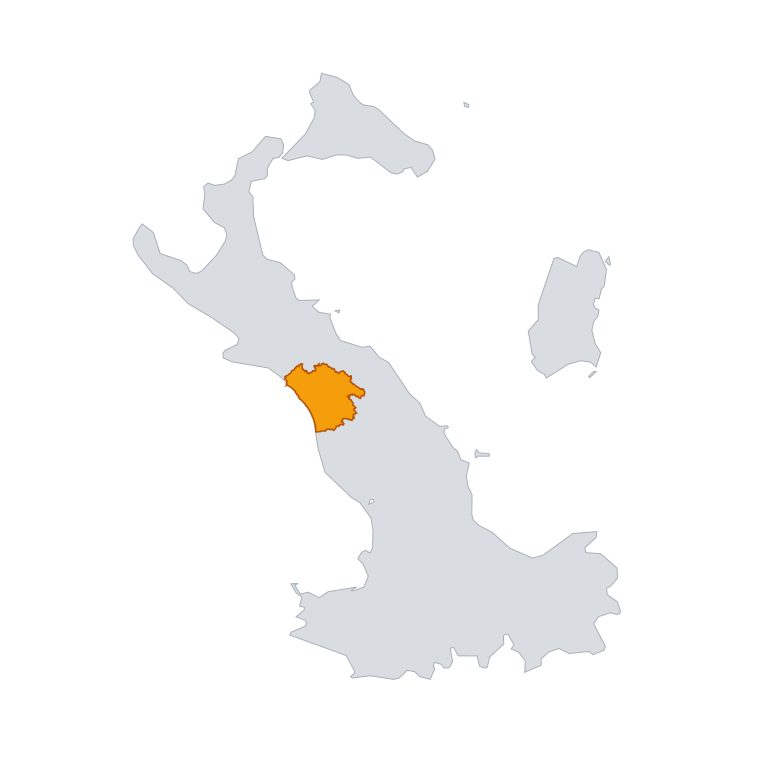 location of Abruzzo, Pescara, Italy, rotated 190°
{"feature_id": "23120603B60396852211", "entity_name": "Abruzzo", "entity_type": "district", "adm_level": 2, "iso_a3": "ITA", "parent_name": "Italy", "parent_adm1": "Pescara", "projection": "robinson", "projection_center": [14.015, 42.289], "detail": "fine", "context": "in_parent", "style": "filled", "palette": "amber", "viewbox_px": 768, "rotation_deg": 190, "n_neighbors": 0, "source": "geoboundaries", "source_scale": "gbopen_adm2", "svg_char_len": 9618}
<svg xmlns="http://www.w3.org/2000/svg" viewBox="0 0 768 768"><g transform="rotate(190 384 384)"><path d="M131.2,153.7L136.0,156.2L154.7,150.7L165.9,153.9L175.3,148.6L181.5,140.5L180.4,134.3L195.4,124.5L196.7,135.7L204.8,143.3L212.7,145.2L210.7,149.7L218.4,159.1L221.6,158.2L222.7,156.5L220.9,148.7L232.5,133.5L233.2,122.9L235.2,121.8L240.7,122.5L245.1,132.4L263.6,129.2L269.9,136.7L272.8,135.3L268.2,122.4L270.6,115.9L275.5,114.7L278.9,117.9L286.0,118.7L286.4,114.8L284.6,112.3L287.3,101.1L297.9,102.1L304.1,106.1L311.5,106.0L318.0,97.1L323.0,94.8L346.8,94.3L364.5,88.9L366.0,90.1L362.8,94.3L363.8,97.1L374.2,110.1L433.2,120.4L432.3,123.6L419.6,131.7L418.6,134.9L420.6,137.6L430.1,139.6L423.5,147.3L423.5,150.2L428.6,150.7L427.8,160.0L434.1,162.9L441.0,171.1L434.0,172.6L436.9,170.4L429.9,162.4L422.5,165.8L410.8,162.3L402.8,169.8L375.6,179.3L380.3,175.0L378.3,175.0L368.4,180.6L366.1,192.0L373.6,203.3L379.5,207.4L376.8,214.4L373.1,217.0L368.3,215.1L366.9,221.3L369.4,238.0L373.4,249.6L386.8,262.7L396.7,266.8L426.7,286.7L437.7,308.9L447.1,336.8L455.1,347.2L471.6,362.1L486.7,372.9L500.7,379.7L537.5,379.4L546.8,381.8L548.0,386.5L546.3,389.6L535.3,397.5L534.8,403.6L540.0,408.0L565.2,419.5L590.9,429.2L608.4,441.8L630.9,452.3L648.6,468.4L655.0,477.0L656.3,483.5L652.2,495.0L649.9,499.7L637.4,493.1L627.1,473.6L605.1,470.2L598.6,466.8L594.9,461.0L588.0,460.3L583.2,463.5L571.4,481.7L565.0,497.5L564.7,504.0L568.3,510.2L579.0,513.6L592.7,525.0L593.3,538.9L595.8,546.9L592.3,551.4L585.3,550.2L576.1,553.1L569.7,558.2L567.0,563.1L566.5,580.6L554.2,589.7L543.7,607.3L528.0,607.5L524.3,602.0L524.1,594.0L526.8,589.0L532.5,586.7L536.3,576.3L535.1,568.9L537.3,565.5L550.0,560.5L550.5,550.1L545.6,545.4L541.6,526.5L525.8,490.1L520.8,486.5L507.2,485.5L491.1,475.9L490.0,471.9L492.7,468.1L490.9,462.9L485.8,453.7L482.3,451.5L462.5,455.5L468.1,448.1L461.0,443.4L448.7,443.4L448.9,440.1L440.1,425.3L434.3,419.3L411.7,416.3L404.3,418.9L393.3,409.5L383.2,406.0L357.6,379.3L345.3,371.3L337.6,359.6L321.9,351.9L314.8,353.8L313.0,352.3L316.8,350.0L316.1,345.5L305.6,334.0L299.5,330.3L295.3,322.8L286.4,321.0L286.9,307.6L283.7,298.1L278.0,290.0L274.9,270.8L272.3,265.3L266.0,261.2L251.6,256.6L231.7,244.2L207.9,238.4L198.0,242.7L172.3,269.4L148.7,275.6L148.4,270.0L157.7,257.6L156.0,253.0L141.4,254.5L122.6,243.3L120.3,233.4L126.0,223.9L129.3,221.7L127.7,215.4L116.3,210.0L111.9,201.8L111.7,199.0L114.7,197.5L121.5,198.0L132.4,192.1L135.8,184.2L120.4,164.0L121.2,159.9L131.2,153.7ZM377.4,268.0L378.2,262.9L373.3,266.1L374.7,268.4L377.4,268.0ZM523.7,588.7L505.0,616.3L498.7,635.0L499.5,642.1L504.9,647.3L502.2,649.3L508.0,658.1L508.0,660.5L499.6,670.5L499.5,679.1L483.5,677.8L470.5,672.8L464.1,662.8L458.9,658.6L453.4,655.3L442.2,655.5L437.2,653.5L407.4,633.8L395.8,628.6L382.4,627.2L377.0,622.9L372.8,614.3L378.1,601.0L387.0,593.5L394.9,602.0L401.8,599.2L402.2,596.5L407.0,593.1L413.2,593.0L436.7,605.1L449.0,601.7L460.2,603.0L470.5,601.4L483.9,594.4L499.4,595.3L517.3,587.3L523.7,588.7ZM243.4,439.4L251.1,461.1L243.2,474.3L245.9,488.5L238.4,537.2L234.8,538.8L214.7,533.1L212.9,544.3L210.2,548.8L206.1,551.7L195.2,551.0L184.7,535.0L184.1,519.2L186.5,514.5L186.9,505.4L191.1,504.9L191.5,498.7L189.2,495.4L185.1,494.2L185.3,487.4L188.3,482.1L188.6,472.9L183.4,461.1L176.0,452.5L178.0,437.6L184.3,441.4L194.0,441.2L205.8,435.6L225.1,418.1L227.6,421.3L235.5,424.2L242.8,431.7L239.8,436.6L243.4,439.4ZM280.8,327.2L282.4,330.7L281.7,335.4L277.9,332.7L268.5,333.8L267.6,331.3L279.1,329.2L280.8,327.2ZM187.4,542.9L184.6,548.5L181.8,541.1L182.2,540.1L187.4,542.9ZM183.8,426.9L179.4,433.0L177.2,432.9L182.7,425.8L183.8,426.9ZM354.2,675.2L348.9,673.8L348.8,671.1L352.9,671.5L354.2,675.2ZM444.9,447.5L440.5,449.3L440.7,446.2L444.9,447.5Z" fill="#d9dde1" stroke="#a8b0b8" stroke-width="1"/><path d="M417.1,336.5L416.8,336.9L416.6,338.0L417.1,338.2L417.6,339.1L418.1,339.0L418.6,339.3L419.0,339.2L419.4,339.4L419.5,339.6L419.3,340.2L418.7,340.7L418.9,341.0L418.6,341.3L418.5,341.8L418.6,342.2L418.7,342.4L418.3,342.7L418.3,342.8L418.2,342.9L417.4,342.9L416.4,343.3L415.5,343.0L414.9,343.4L414.1,343.6L413.6,342.9L412.4,342.8L411.9,343.4L411.4,343.2L411.0,342.8L410.6,342.8L410.4,342.9L410.3,342.7L410.1,342.8L409.4,342.6L409.4,343.1L408.6,343.7L408.7,344.8L408.6,345.0L408.4,344.9L408.2,345.4L407.7,345.3L408.0,345.9L407.8,346.0L408.3,346.5L408.2,346.8L408.8,346.8L408.5,348.4L408.8,348.7L407.6,349.7L407.3,349.7L406.9,349.6L405.9,350.7L406.4,350.9L407.1,351.6L407.7,352.4L408.4,352.8L409.1,353.0L409.5,353.8L409.3,354.3L408.3,354.9L407.6,355.7L408.4,356.1L409.3,357.1L409.8,357.1L410.7,357.8L411.0,357.8L411.1,359.6L411.6,360.6L412.3,360.9L413.0,361.5L413.2,361.8L413.2,362.1L413.5,362.5L414.2,362.8L415.3,362.9L415.6,363.2L416.0,363.3L416.2,363.6L415.8,364.1L416.2,364.6L416.7,365.1L417.1,365.0L417.3,365.2L417.7,365.2L418.0,365.5L417.4,365.7L416.8,366.0L416.3,365.9L416.8,366.4L416.4,366.6L415.9,366.5L415.4,366.8L415.7,367.1L415.4,367.3L415.1,367.2L414.8,367.6L414.5,368.2L413.9,368.2L413.4,368.4L413.2,367.9L413.1,368.1L412.7,368.2L412.0,368.7L411.4,368.6L410.8,367.8L410.0,367.5L409.5,366.9L408.9,366.9L408.7,367.2L408.3,367.4L408.2,367.2L407.3,366.7L406.2,365.9L405.7,366.0L404.5,365.8L404.5,366.1L404.7,366.3L404.8,366.8L404.4,367.2L404.5,367.6L404.4,367.9L404.0,368.0L403.8,368.4L403.2,368.9L402.7,369.0L402.5,369.3L402.3,369.3L401.9,369.0L401.9,369.3L402.0,369.5L401.9,369.5L402.0,369.8L401.6,370.4L401.3,371.7L401.5,372.2L401.8,372.4L401.7,373.1L402.6,373.9L402.7,374.6L402.9,375.0L404.1,375.4L405.1,375.5L404.9,374.7L405.0,374.4L405.3,374.5L406.2,374.9L407.1,375.2L407.9,375.8L409.6,376.7L410.4,376.6L410.9,376.8L411.6,377.5L412.8,377.9L413.7,378.8L414.1,378.8L414.2,378.5L414.6,378.5L415.3,379.0L415.9,379.7L416.0,380.1L416.4,380.3L416.6,380.4L416.9,380.1L417.3,380.2L417.4,380.5L417.9,380.9L418.2,381.4L417.7,382.5L416.9,383.3L417.4,383.7L417.3,384.2L417.5,384.5L417.4,384.7L417.4,385.5L417.9,386.3L418.5,386.2L418.7,385.4L419.2,385.2L419.7,385.3L421.4,386.0L421.8,386.8L422.1,386.9L422.5,386.9L422.8,387.1L423.8,387.2L424.0,387.9L424.5,388.4L424.5,388.8L425.7,389.5L426.4,389.5L426.8,389.9L427.0,389.8L427.5,389.2L428.2,389.0L428.9,388.5L429.6,388.3L430.1,387.7L430.0,387.3L429.9,387.1L430.4,386.7L431.0,386.6L432.0,387.0L432.1,387.3L432.4,387.8L433.0,388.0L433.6,387.4L434.1,387.3L434.2,387.9L435.0,388.8L435.1,389.5L435.6,389.8L435.7,390.2L436.2,390.2L436.9,390.5L437.4,390.2L437.7,390.2L437.9,389.9L438.5,390.6L439.6,390.8L440.0,391.2L441.1,391.4L441.6,391.0L441.9,391.1L442.2,391.9L442.9,392.0L443.5,393.3L443.9,393.6L444.6,393.2L445.8,393.2L446.4,393.3L447.5,394.0L447.9,392.8L449.1,392.9L449.1,391.9L449.9,390.9L451.0,390.8L451.0,391.3L451.6,392.1L451.6,392.5L452.1,392.0L452.4,391.5L452.3,391.2L452.0,390.9L452.3,390.3L452.9,390.6L453.2,390.3L454.0,390.3L454.2,390.1L454.1,389.9L454.2,389.6L454.6,389.2L454.8,389.3L454.8,389.9L454.9,390.2L455.7,390.2L455.7,389.7L456.0,389.4L456.0,389.2L455.7,388.8L454.8,388.8L454.6,388.5L454.5,388.0L454.6,387.7L454.3,387.3L454.3,386.7L454.0,386.4L453.8,386.6L453.5,385.7L453.9,385.4L453.8,385.0L454.2,385.1L454.3,384.9L455.3,384.5L455.4,384.9L455.7,384.9L455.9,384.8L455.7,384.6L456.0,384.4L456.0,384.5L456.4,384.2L456.7,384.3L456.9,383.7L457.2,383.4L457.0,383.2L458.1,382.6L458.4,382.1L459.1,381.8L459.5,381.1L459.8,381.0L460.1,381.5L460.6,381.7L460.7,382.0L461.1,382.0L461.7,381.8L461.8,382.5L462.5,383.3L462.5,383.7L463.2,383.9L463.5,383.4L463.4,383.1L464.1,382.7L464.1,383.1L464.2,383.5L465.1,383.3L466.4,384.3L466.6,385.0L467.1,384.9L467.4,385.5L467.4,385.8L467.5,386.1L467.5,386.6L467.7,387.0L467.8,387.7L468.3,388.6L468.0,388.8L467.7,389.4L469.3,389.5L469.8,388.8L471.1,388.0L471.4,387.7L471.2,387.2L471.4,387.3L471.5,387.1L472.2,386.3L472.7,386.2L473.0,386.3L473.4,385.7L473.4,385.4L473.7,385.3L473.7,384.9L474.3,384.4L474.4,383.7L475.0,382.7L475.1,382.2L476.3,381.6L476.4,381.3L476.8,381.4L477.0,381.0L477.3,380.7L477.5,379.8L477.5,379.3L477.6,379.0L478.6,377.7L479.1,377.5L479.0,377.3L479.8,376.3L480.4,375.6L481.1,375.5L481.6,375.1L482.1,374.9L482.9,374.0L482.5,373.7L481.8,373.5L482.4,372.3L482.7,371.9L481.1,371.1L479.9,369.9L480.1,368.8L479.9,368.3L479.8,367.4L479.9,367.1L479.8,366.2L479.5,365.8L479.7,366.1L479.4,366.0L479.6,365.7L479.4,365.8L479.4,366.0L479.0,366.0L478.5,365.7L478.2,365.7L475.5,364.7L473.8,363.9L472.3,363.0L471.9,362.6L470.2,361.6L469.8,361.1L469.9,360.6L469.8,360.4L468.9,359.6L467.6,358.7L467.2,358.3L467.3,358.2L467.0,358.2L466.3,357.4L466.3,357.1L466.3,356.9L465.7,356.4L465.8,356.3L466.1,356.2L465.8,356.2L465.7,356.3L465.5,355.8L465.6,355.7L466.0,355.8L465.1,355.3L464.7,354.7L463.8,354.4L461.3,352.8L458.6,350.9L457.5,349.8L457.4,349.6L457.5,349.5L457.4,349.4L457.4,349.6L457.2,349.4L457.3,349.3L457.6,349.5L457.5,349.4L457.2,349.2L457.1,349.4L456.8,349.2L455.3,347.9L453.8,346.0L453.6,346.0L451.9,344.1L450.0,341.5L448.4,338.6L447.9,338.1L447.8,337.8L447.7,337.8L446.5,335.7L445.5,333.4L445.7,333.1L445.4,333.3L445.3,333.1L445.6,333.1L445.3,333.0L445.2,332.9L444.1,330.3L443.4,327.7L443.0,325.2L442.3,325.1L441.2,325.3L441.2,325.2L441.0,325.3L440.9,325.5L438.4,326.0L437.7,326.6L436.4,327.1L433.9,327.4L433.2,327.7L433.1,327.9L433.4,328.0L433.2,328.4L432.9,328.6L432.8,329.2L430.7,330.2L429.9,330.3L429.6,330.1L429.6,329.6L429.4,329.6L428.3,330.1L427.5,330.1L427.4,330.4L427.0,330.5L426.8,330.3L426.2,330.3L425.7,329.5L425.2,329.6L425.0,330.7L424.5,331.0L423.8,331.9L423.7,333.2L423.9,333.5L423.3,334.1L422.8,334.4L422.0,334.2L421.2,334.4L420.9,334.6L420.8,335.2L420.8,335.8L420.9,336.0L420.7,336.2L420.3,335.8L419.6,336.3L419.1,336.5L418.9,336.8L418.6,336.9L417.8,336.5L417.1,336.5Z" fill="#f59e0b" stroke="#b45309" stroke-width="1.5"/></g></svg>